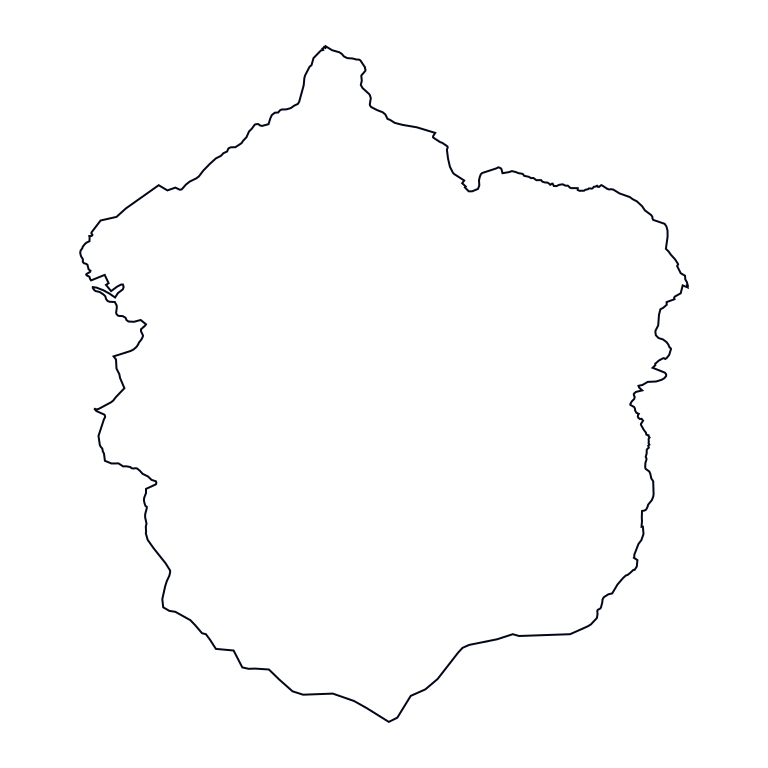 the district of Pausesti-Maglasi, Vâlcea, Romania
{"feature_id": "2599482B55299870706734", "entity_name": "Pausesti-Maglasi", "entity_type": "district", "adm_level": 2, "iso_a3": "ROU", "parent_name": "Romania", "parent_adm1": "Vâlcea", "projection": "equal_earth", "projection_center": [24.244, 45.144], "detail": "fine", "context": "isolated", "style": "outline", "palette": "ink", "viewbox_px": 768, "rotation_deg": 0, "n_neighbors": 0, "source": "geoboundaries", "source_scale": "gbopen_adm2", "svg_char_len": 6050}
<svg xmlns="http://www.w3.org/2000/svg" viewBox="0 0 768 768"><path d="M687.6,287.4L687.1,285.5L687.8,285.6L686.9,282.2L685.3,279.4L685.0,275.7L680.7,273.2L677.1,266.0L678.1,264.5L677.8,263.6L675.1,259.4L670.7,254.5L668.6,251.5L665.9,248.8L667.6,236.6L667.5,230.4L666.4,226.4L664.6,223.8L653.2,219.9L652.5,218.5L652.3,216.6L651.1,215.0L644.9,210.4L642.1,206.2L636.8,201.3L632.5,199.1L629.9,197.1L619.7,193.5L613.1,189.5L610.5,189.2L609.3,189.5L607.4,188.9L601.7,185.2L601.1,185.2L599.1,186.9L597.9,186.8L597.4,185.8L596.8,185.8L596.0,186.5L593.8,186.8L592.6,188.3L591.8,188.6L588.9,188.4L588.0,189.2L585.3,189.8L584.1,190.7L579.5,190.8L577.7,190.0L577.7,188.1L571.0,188.1L569.9,187.6L567.9,185.7L565.2,185.6L562.8,184.3L559.2,184.8L556.5,186.1L553.8,186.0L552.7,183.7L552.1,183.6L550.4,184.8L549.9,184.6L549.5,183.9L547.5,182.6L544.5,182.4L542.3,181.6L541.1,180.1L536.4,180.2L533.4,178.0L531.0,178.1L528.8,176.8L524.1,175.8L523.2,174.3L522.0,173.7L518.6,173.2L515.7,172.0L511.8,171.1L509.1,172.1L502.5,173.2L501.5,169.2L500.8,168.3L498.5,167.3L496.0,168.5L482.2,173.0L480.8,174.3L479.7,177.2L479.0,180.3L479.3,185.5L478.0,188.9L472.2,191.3L468.7,191.3L464.9,187.4L465.7,186.5L462.2,183.2L464.2,180.5L454.1,174.0L452.9,172.7L449.9,166.7L448.0,158.4L446.9,149.8L447.7,147.4L447.4,146.4L442.4,142.9L440.1,142.1L433.4,137.7L433.0,137.2L433.2,136.0L435.2,132.9L416.8,127.3L402.7,124.9L394.8,122.9L390.1,119.9L387.5,118.9L385.4,114.5L382.6,112.2L377.3,110.2L371.1,107.0L370.0,105.4L369.8,104.3L370.8,98.2L369.9,95.2L369.2,94.1L362.5,88.0L360.8,84.9L361.8,80.7L361.3,76.0L361.5,75.3L365.3,70.9L365.5,69.7L364.9,68.3L365.1,67.5L360.4,60.4L359.0,59.6L356.3,59.5L352.7,58.5L347.2,58.1L343.9,56.4L341.9,54.0L339.4,52.3L332.1,50.2L325.4,46.1L325.0,46.6L325.6,47.6L325.4,48.0L324.0,47.1L323.3,48.2L322.4,48.6L323.1,50.0L321.0,50.4L313.5,58.1L311.5,65.2L309.6,66.7L305.2,75.2L304.4,77.8L303.7,85.3L299.2,101.7L297.9,103.9L294.1,105.7L290.8,108.1L286.2,109.4L281.7,109.5L279.9,110.4L278.2,112.5L274.8,112.7L271.8,115.1L270.4,118.2L268.5,124.2L262.1,125.9L260.1,125.5L258.4,124.1L256.2,124.1L254.7,124.7L251.8,128.7L249.0,131.5L246.5,137.2L243.1,140.8L241.5,143.2L235.4,147.2L231.0,147.3L229.1,148.0L228.3,148.7L227.1,151.5L223.4,153.2L221.0,155.8L215.9,158.4L209.7,164.0L203.2,170.7L198.9,176.4L196.4,178.3L189.7,181.6L186.0,184.5L181.7,189.4L179.7,189.7L175.4,187.6L167.4,190.4L158.7,185.2L125.8,208.5L116.5,216.9L100.6,220.5L91.5,232.4L91.4,233.5L92.4,234.7L92.3,235.4L91.3,236.0L89.3,236.1L89.6,237.3L89.5,241.2L86.4,242.7L84.9,244.0L82.8,246.7L82.2,248.4L80.6,250.6L80.2,252.7L80.9,256.0L82.9,259.3L82.8,261.9L83.9,263.2L86.2,263.9L87.4,264.7L88.6,269.3L90.5,270.8L90.1,271.9L86.5,274.0L86.2,274.7L86.7,275.4L89.4,276.7L90.1,279.0L91.1,280.4L104.7,274.9L108.6,283.2L106.0,284.9L111.1,291.1L117.2,286.6L121.2,284.5L123.0,284.6L123.6,287.2L122.8,289.4L117.9,293.1L115.1,297.5L109.3,293.5L103.4,290.3L96.5,287.6L92.8,287.1L92.8,288.0L94.2,290.0L95.4,291.0L99.7,292.0L103.5,294.5L105.3,296.3L106.1,299.1L107.7,301.1L109.9,301.8L114.8,302.0L116.7,305.5L116.8,307.8L116.1,312.5L116.4,313.9L117.7,315.4L118.7,315.9L122.7,316.1L125.6,317.8L126.5,320.1L128.5,321.5L133.9,321.8L140.7,320.0L146.0,324.3L145.1,325.6L141.0,329.3L141.0,331.3L143.0,335.5L142.8,336.7L141.4,339.5L138.8,342.8L138.2,344.4L136.4,347.0L133.5,349.5L130.8,350.9L113.6,356.4L116.0,359.5L116.5,368.6L119.3,374.1L120.1,378.1L124.4,388.2L115.8,397.2L113.2,400.6L111.0,402.3L98.5,409.0L96.3,409.4L94.2,408.5L96.3,411.0L104.5,414.7L105.1,416.3L105.1,417.1L103.9,419.4L98.5,435.9L99.8,444.9L100.6,446.6L102.3,448.6L102.9,451.6L104.0,453.6L104.9,460.8L111.5,463.5L118.5,463.4L123.2,466.4L126.3,466.3L130.2,467.0L131.6,468.2L133.4,468.5L135.7,468.2L137.1,468.5L139.8,470.7L142.7,473.9L147.9,476.4L151.6,479.9L155.9,481.3L156.4,482.7L155.9,484.3L146.0,488.9L146.0,493.1L144.2,497.7L143.9,500.2L144.5,503.2L145.4,505.8L146.8,506.9L146.8,508.1L145.2,514.1L145.1,517.1L146.5,523.6L145.8,526.7L146.1,531.9L145.8,533.3L147.7,539.9L153.8,548.5L165.6,563.3L170.1,570.5L170.1,572.5L169.3,575.8L166.8,581.1L165.2,586.2L162.3,599.1L163.2,607.3L169.4,610.9L175.3,611.8L190.4,620.2L195.2,625.2L202.0,633.2L205.9,634.2L210.0,639.7L215.9,648.9L233.6,650.5L242.3,667.4L248.6,668.8L255.3,668.6L268.9,669.5L279.4,679.7L292.5,691.3L303.1,694.7L332.8,693.6L354.0,701.0L366.5,708.0L388.8,721.9L397.3,717.7L410.7,695.9L425.3,689.4L437.6,679.0L458.3,652.4L462.6,647.8L469.2,644.9L497.0,639.3L512.8,634.2L519.1,636.0L570.1,634.2L587.8,626.3L590.8,624.5L596.9,618.0L597.5,614.2L597.3,610.8L597.8,609.8L600.0,608.7L600.9,607.7L602.3,602.4L602.5,599.6L603.8,597.2L608.4,594.3L612.2,593.4L617.5,584.5L623.0,578.1L625.8,575.5L627.5,575.0L629.5,573.5L633.4,569.9L634.6,569.9L636.8,566.5L637.4,560.1L633.9,557.8L634.3,557.2L634.3,554.7L638.5,543.9L641.4,540.1L643.5,534.0L642.9,526.7L641.5,526.8L642.0,521.3L641.8,517.8L642.0,511.0L644.6,510.5L646.2,509.5L647.6,506.7L648.1,504.7L651.8,500.2L653.2,496.7L653.6,494.2L653.2,481.3L651.2,478.2L650.4,474.1L649.3,471.5L645.7,468.9L645.2,467.5L645.4,463.0L646.5,459.4L646.4,458.3L645.7,456.9L646.7,453.3L646.7,450.1L647.1,449.2L648.8,447.7L648.2,445.7L649.4,444.7L648.5,442.9L648.8,442.0L648.6,438.9L649.6,437.5L648.6,436.4L648.6,435.3L646.4,434.7L645.9,432.6L643.8,429.9L640.9,424.7L641.0,423.8L643.1,420.7L641.6,418.8L639.8,419.0L638.3,417.7L637.8,416.7L638.0,415.1L638.8,413.9L636.3,412.7L635.1,410.4L634.9,408.5L634.2,407.1L630.3,404.8L630.4,403.9L631.7,401.5L634.2,399.0L634.7,396.8L633.9,395.3L633.8,394.1L634.1,393.5L636.0,391.9L642.2,390.4L639.0,387.4L638.5,385.8L642.4,385.0L647.7,381.9L656.1,381.5L661.6,379.8L664.2,378.3L666.1,376.1L666.2,374.3L664.8,372.6L652.6,367.8L655.3,365.2L655.2,363.8L658.8,360.6L662.6,358.5L663.9,358.1L665.2,359.0L666.6,358.1L669.2,354.9L670.9,349.3L671.0,348.7L669.2,346.8L668.4,344.6L666.4,342.0L663.1,339.5L658.5,338.0L655.9,335.3L655.4,332.5L655.5,330.7L658.2,325.4L659.0,314.7L660.4,309.3L663.2,307.8L666.7,304.8L666.6,302.1L674.5,299.2L674.1,297.8L674.8,296.6L680.7,293.3L682.7,285.4L687.6,287.4Z" fill="none" stroke="#020617" stroke-width="2"/></svg>